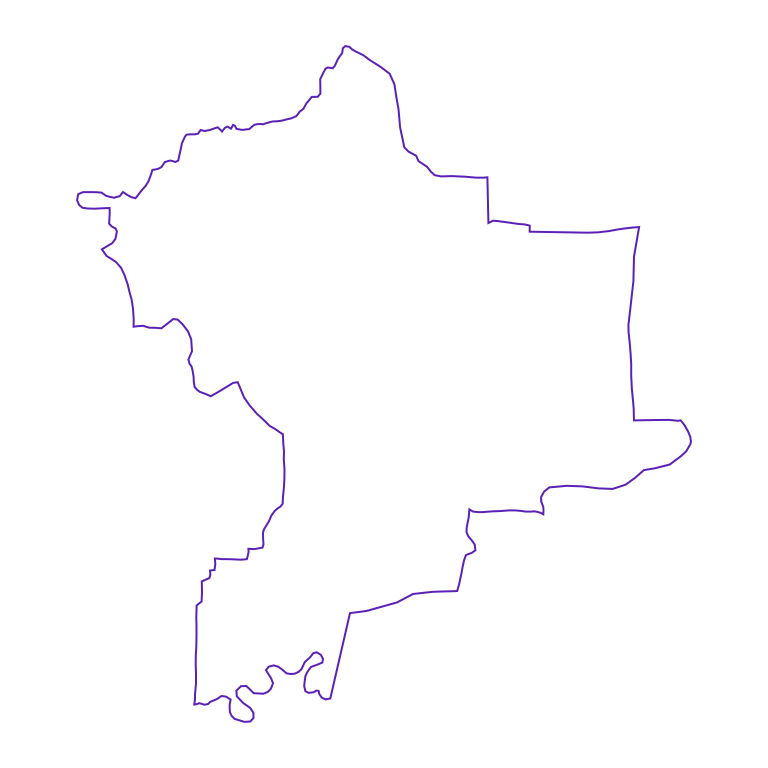 outline of Pur SenChey, Phnom Penh, Cambodia
{"feature_id": "14789045B97702071431855", "entity_name": "Pur SenChey", "entity_type": "district", "adm_level": 2, "iso_a3": "KHM", "parent_name": "Cambodia", "parent_adm1": "Phnom Penh", "projection": "robinson", "projection_center": [104.778, 11.53], "detail": "fine", "context": "isolated", "style": "outline", "palette": "violet", "viewbox_px": 768, "rotation_deg": 0, "n_neighbors": 0, "source": "geoboundaries", "source_scale": "gbopen_adm2", "svg_char_len": 4713}
<svg xmlns="http://www.w3.org/2000/svg" viewBox="0 0 768 768"><path d="M330.3,698.5L350.0,613.1L366.3,611.0L379.3,607.4L397.1,602.4L412.9,594.0L424.5,592.7L433.1,591.8L445.1,591.4L454.2,591.2L457.2,591.0L459.1,584.3L461.4,573.6L462.6,566.8L464.2,559.8L466.0,555.0L471.7,552.9L475.4,550.3L474.7,544.5L471.5,540.0L468.3,536.3L466.5,532.1L466.7,527.7L467.4,523.9L468.7,517.6L469.4,509.4L473.1,511.6L478.2,512.1L482.8,512.1L491.5,511.4L501.2,511.0L508.9,510.4L514.9,510.4L520.0,510.8L525.9,511.6L531.2,511.6L533.8,511.3L536.2,511.6L540.7,512.8L543.3,514.3L543.5,510.8L543.3,507.1L541.2,501.3L541.1,497.0L544.1,491.6L549.4,487.4L567.0,485.8L568.8,485.9L582.6,486.4L598.7,488.4L612.7,488.9L625.8,484.6L635.1,477.8L643.9,470.1L654.8,468.3L669.8,464.5L680.9,456.2L686.4,451.1L690.6,443.7L690.9,441.2L690.3,436.9L688.0,431.3L684.6,425.3L680.6,420.3L678.3,420.8L668.7,419.9L655.6,420.0L634.0,420.4L633.8,414.8L633.7,408.8L633.2,402.8L631.9,389.3L631.2,376.1L631.2,364.0L630.6,353.8L629.8,343.7L628.6,332.5L628.4,324.6L628.8,322.1L629.1,319.3L633.4,281.3L634.0,256.6L639.1,227.1L633.0,227.5L625.9,228.3L618.7,229.3L608.8,231.1L598.4,232.3L588.2,232.7L529.7,231.7L529.7,225.6L524.6,224.4L518.7,224.0L509.9,222.7L498.0,221.1L493.2,220.7L488.4,223.0L487.4,177.3L483.5,177.7L475.5,177.6L465.1,176.7L452.1,176.1L441.1,176.4L434.7,175.2L430.7,171.5L427.1,166.8L418.6,161.2L416.1,155.7L408.5,151.6L404.3,147.3L400.1,127.3L398.5,109.1L396.6,98.5L394.4,84.2L389.7,73.8L380.9,67.1L370.0,60.2L363.2,55.1L356.3,51.8L352.0,49.3L349.3,46.8L345.2,46.1L342.8,48.3L342.2,53.0L339.7,56.4L337.7,59.5L334.8,65.8L332.8,68.2L327.8,67.5L325.6,68.6L322.9,73.6L320.2,79.2L320.3,84.2L320.4,93.6L317.8,96.8L311.7,96.9L309.4,99.9L306.5,103.2L303.5,108.7L299.6,111.8L296.4,116.1L291.0,118.4L287.0,119.3L282.6,120.5L277.8,121.2L272.5,121.5L268.0,122.7L262.8,124.3L260.6,124.0L256.8,124.2L254.2,124.9L251.8,126.8L249.2,129.2L246.7,129.3L243.7,129.8L241.5,129.8L238.9,129.3L236.5,128.9L235.1,125.9L233.1,124.9L231.0,128.7L227.5,126.6L225.0,127.8L222.0,131.5L220.6,130.0L217.7,127.3L214.4,128.4L209.8,130.0L204.6,131.0L200.6,130.0L198.0,133.7L194.8,134.3L190.4,134.3L186.4,134.7L184.9,136.8L181.9,143.3L181.0,148.0L179.3,155.6L178.2,160.7L175.1,162.0L172.3,160.9L169.8,160.6L164.9,162.0L161.6,166.9L158.7,168.6L155.8,169.4L152.4,169.9L151.5,173.0L149.9,177.5L148.3,181.6L145.7,185.8L143.2,188.6L141.7,190.4L139.9,192.6L137.2,196.2L135.5,198.2L131.5,197.2L127.1,194.8L123.0,192.0L119.7,196.2L116.3,197.0L114.1,197.8L106.4,196.0L101.5,192.6L96.3,192.2L90.5,192.1L83.1,192.1L78.2,194.2L77.1,200.1L79.1,205.0L82.6,207.8L87.8,208.5L94.6,208.7L102.4,208.3L109.6,208.0L109.7,213.9L109.1,223.7L111.8,226.5L115.6,228.5L116.9,231.4L115.4,238.9L112.3,243.1L101.9,249.3L106.6,256.0L111.2,258.8L116.0,262.0L121.2,268.0L124.4,274.9L127.6,284.1L129.7,292.8L131.6,299.5L133.0,308.6L133.7,319.4L133.6,326.7L137.5,326.2L143.1,325.8L149.2,327.7L155.5,327.8L161.4,328.3L168.1,323.1L173.1,319.1L177.5,319.5L182.5,324.2L188.0,331.4L191.2,339.3L192.0,351.2L188.4,359.5L189.6,363.9L191.4,366.1L192.5,370.1L193.6,376.8L193.8,381.5L194.6,386.9L197.0,389.8L199.8,391.8L205.1,393.8L210.8,396.2L218.7,391.7L226.1,387.2L233.1,382.9L237.7,382.2L240.7,389.3L244.1,397.5L249.6,405.3L256.7,413.6L261.8,418.2L269.8,426.0L275.0,428.9L280.6,432.9L282.9,434.2L283.3,443.7L284.0,451.4L283.8,459.2L284.5,470.0L284.4,478.6L283.9,487.5L283.0,496.6L282.6,503.8L280.4,506.6L277.5,508.5L274.7,511.0L271.4,515.5L269.1,521.0L266.2,525.8L264.0,529.3L263.2,531.6L263.0,534.2L263.1,538.6L263.5,544.5L262.5,547.6L254.3,549.1L248.4,548.8L248.6,551.9L247.5,556.8L246.8,559.2L240.9,559.7L230.4,559.2L221.5,559.1L217.3,558.6L214.9,558.5L215.3,564.2L214.5,570.0L210.1,570.5L210.3,575.0L209.4,578.0L201.8,581.4L202.0,592.2L201.6,601.5L196.6,605.5L196.3,618.0L196.5,626.0L196.5,635.7L196.3,646.6L195.8,655.5L195.7,664.8L196.0,673.2L196.0,683.4L195.0,694.5L195.0,698.9L194.3,704.5L196.9,704.1L199.0,703.2L201.7,703.8L204.1,704.7L208.0,704.1L210.5,701.7L214.1,700.3L217.3,698.8L221.5,696.0L226.0,696.6L230.6,699.5L229.6,705.4L229.9,712.2L231.7,715.9L234.6,718.9L244.5,721.9L250.3,721.5L253.5,718.0L253.4,712.8L250.2,707.9L243.4,703.2L236.8,696.3L236.4,690.7L241.0,686.2L246.3,686.0L249.5,689.0L253.7,693.2L263.4,693.7L267.7,692.0L270.9,688.7L273.0,683.3L271.1,678.2L268.3,673.9L266.0,670.1L268.7,666.7L273.7,665.4L278.0,666.6L281.5,669.0L286.6,673.4L290.6,674.0L294.7,673.7L298.7,671.8L301.5,669.1L304.9,661.9L309.9,657.5L313.3,653.2L316.8,652.3L320.9,654.9L323.0,658.9L322.3,662.6L316.7,664.9L311.0,666.9L307.0,672.5L305.3,676.6L304.6,681.9L304.2,686.1L305.4,691.2L308.3,692.8L313.2,692.4L316.6,690.6L318.6,690.9L319.2,693.9L321.8,697.7L325.5,699.4L330.3,698.5Z" fill="none" stroke="#5b21b6" stroke-width="2"/></svg>